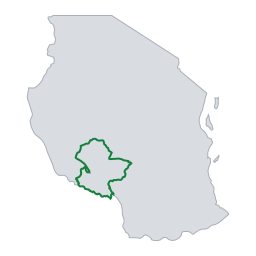 where Mbeya sits in United Republic of Tanzania
{"feature_id": "TZA-3335", "entity_name": "Mbeya", "entity_type": "Region", "adm_level": 1, "iso_a3": "TZA", "parent_name": "United Republic of Tanzania", "parent_adm1": "", "projection": "natural_earth1", "projection_center": [33.421, -8.292], "detail": "fine", "context": "in_parent", "style": "outline", "palette": "green", "viewbox_px": 256, "rotation_deg": 0, "n_neighbors": 0, "source": "natural_earth", "source_scale": "10m", "svg_char_len": 6328}
<svg xmlns="http://www.w3.org/2000/svg" viewBox="0 0 256 256"><path d="M92.5,192.1L89.5,190.3L86.9,189.2L84.7,188.0L83.7,186.8L81.6,186.4L79.9,186.2L78.2,185.1L74.8,184.7L74.4,183.9L74.4,182.3L73.8,181.9L72.6,181.5L71.2,181.5L70.4,181.7L70.0,181.6L68.9,180.6L67.8,179.4L67.4,177.5L65.9,176.2L64.1,175.3L59.1,175.4L58.4,175.1L57.2,174.1L55.8,172.5L54.7,170.6L53.7,168.1L52.7,164.7L47.0,151.2L46.4,148.6L45.3,145.8L43.5,142.3L41.5,139.7L38.9,137.4L35.9,135.0L34.3,133.4L31.3,127.1L30.6,124.1L30.1,121.0L30.3,119.8L32.2,115.8L32.4,114.7L32.2,113.1L31.2,110.0L30.0,106.1L27.6,99.1L27.3,97.3L27.3,96.0L28.7,88.9L28.7,87.9L34.4,88.0L38.6,84.9L42.2,80.3L42.9,78.3L44.4,75.3L45.8,73.8L46.4,72.8L47.2,69.8L49.1,67.8L51.0,66.3L50.6,65.2L50.8,64.8L51.9,64.0L53.8,63.2L54.2,61.7L54.2,59.9L53.9,58.9L53.9,57.8L53.6,57.1L52.4,57.0L50.4,56.1L48.8,55.7L47.7,55.2L47.3,54.8L47.2,53.8L48.1,51.0L47.2,49.9L49.2,45.4L49.5,44.9L50.2,44.8L51.4,44.3L52.4,44.1L53.3,44.3L53.9,44.1L54.5,43.6L55.0,42.0L55.4,39.5L55.2,37.4L54.3,35.8L54.1,33.3L54.5,30.0L54.2,27.3L53.3,25.1L52.4,23.8L50.9,23.2L48.7,19.8L48.0,18.2L48.1,17.2L48.9,16.8L50.3,16.9L51.7,16.5L52.9,15.6L54.1,15.4L54.8,15.5L111.7,15.5L178.2,58.4L178.5,58.9L179.0,62.6L178.9,63.9L177.8,66.0L177.5,67.1L177.5,67.9L177.8,68.2L178.6,68.3L179.4,68.8L179.7,69.2L180.2,70.8L180.9,71.6L206.2,92.7L206.7,93.0L206.4,94.8L204.9,99.1L204.9,100.8L204.3,102.9L203.8,104.3L202.3,110.4L201.1,112.6L199.4,117.9L199.1,122.0L200.0,124.8L200.4,127.4L202.3,130.0L203.8,131.0L204.9,132.2L206.8,134.9L207.8,137.6L211.2,138.9L212.5,142.0L212.0,144.1L210.4,145.8L209.0,148.7L207.8,152.4L207.7,158.0L208.5,157.2L210.3,158.6L210.5,162.7L208.7,167.6L208.1,169.9L208.0,171.8L209.3,177.7L211.3,180.6L211.1,181.5L210.6,182.3L214.0,187.6L213.7,192.1L215.0,195.7L215.5,198.8L216.4,201.1L216.5,202.7L215.5,204.6L218.0,205.0L219.4,206.5L220.1,207.9L221.9,207.8L222.9,208.8L224.3,209.6L227.4,212.0L228.2,213.2L228.7,214.3L220.1,221.8L217.0,223.7L214.8,224.6L212.4,225.1L210.2,226.3L208.0,228.2L205.3,229.1L202.0,229.1L198.5,230.4L193.0,234.3L189.9,232.1L187.4,231.4L184.5,231.5L182.7,231.8L182.1,232.2L181.6,233.5L181.1,235.7L179.2,237.8L175.9,239.8L172.8,240.5L170.0,240.0L168.2,239.2L167.2,238.0L165.7,237.5L163.8,237.6L162.0,238.4L160.2,240.0L157.4,240.6L153.6,240.4L151.5,239.7L151.2,238.4L149.6,236.9L146.5,235.1L144.2,235.1L142.8,236.8L141.4,237.8L140.2,238.2L139.1,238.3L137.6,237.8L133.3,237.7L129.3,237.7L128.9,235.3L128.1,233.9L127.3,233.0L126.0,232.8L125.6,232.1L125.1,230.6L124.4,229.3L123.5,228.2L123.0,227.3L122.8,226.4L122.9,225.4L123.8,222.9L124.1,221.2L124.0,219.5L123.5,217.7L122.5,215.6L122.7,215.0L122.3,213.5L122.3,212.5L122.5,211.3L122.3,209.6L121.5,206.1L121.5,205.2L120.6,203.5L117.9,199.4L117.8,198.9L113.6,194.8L111.9,193.9L111.3,194.7L111.1,195.4L111.3,196.7L111.2,197.4L111.0,197.7L110.0,197.6L109.4,197.5L107.8,196.4L106.6,196.1L103.5,196.3L102.4,196.5L101.6,196.3L99.9,194.4L98.0,194.0L96.3,193.9L93.5,191.8L92.5,192.1ZM211.6,124.1L213.0,128.6L212.8,129.5L211.9,130.0L211.3,130.0L210.7,129.3L210.3,127.8L209.6,128.1L208.3,126.3L207.1,126.3L205.9,124.1L206.4,122.2L206.1,119.0L207.5,117.4L208.3,114.6L209.1,116.5L209.3,119.5L210.5,122.9L211.6,124.1ZM218.4,97.5L218.5,98.6L218.2,99.6L218.3,102.7L218.2,104.8L217.1,107.8L216.3,108.8L215.5,108.5L214.9,108.0L214.4,107.2L215.4,101.9L214.9,97.9L216.9,98.3L218.4,97.5ZM215.4,162.0L214.4,162.3L214.0,162.0L213.4,161.2L214.5,160.4L215.5,159.0L217.9,156.8L219.0,155.1L218.8,156.8L217.5,160.4L216.3,160.7L215.4,162.0Z" fill="#d9dde1" stroke="#a8b0b8" stroke-width="1"/><path d="M113.4,194.2L112.9,193.8L112.3,193.6L112.0,193.9L111.7,194.1L111.3,194.6L111.0,195.1L111.4,196.0L111.3,196.4L111.2,197.0L111.2,197.4L111.1,197.7L111.0,197.9L110.7,198.1L110.4,198.6L110.2,198.4L110.0,198.0L109.6,197.6L109.1,197.2L108.6,197.0L108.2,196.7L107.7,196.2L107.2,195.8L106.6,196.0L106.2,196.3L105.7,196.4L105.2,196.3L104.7,196.1L104.1,196.0L103.6,196.2L103.2,196.5L102.6,196.6L101.9,196.6L101.5,196.5L101.3,196.2L101.0,195.8L100.7,195.1L100.4,194.7L99.4,193.9L99.0,193.7L98.9,193.8L98.6,194.0L98.4,194.0L98.2,194.0L97.9,193.9L97.6,193.9L97.5,194.0L97.2,194.2L97.1,194.3L97.0,194.2L96.5,194.0L96.0,193.9L95.8,193.8L94.7,192.8L93.8,191.7L93.5,191.5L93.1,191.6L92.8,191.8L92.5,192.1L92.2,191.9L90.9,191.3L90.0,190.7L89.9,190.6L89.6,190.7L89.4,190.5L89.3,190.1L89.2,190.0L89.0,189.7L88.8,189.5L87.5,189.4L85.9,189.0L85.2,188.9L84.7,188.3L84.4,187.3L84.2,187.1L83.5,186.5L82.8,186.3L80.4,186.4L80.0,186.3L79.7,186.2L79.3,185.9L78.7,185.1L78.5,184.9L78.3,183.6L78.5,183.4L78.8,183.3L78.6,182.5L77.9,181.7L77.4,181.4L77.1,181.0L77.5,180.4L76.8,179.6L76.0,179.0L76.4,178.1L78.6,177.2L79.7,176.4L81.0,174.5L81.1,172.1L80.8,171.0L80.9,169.8L81.5,168.8L82.7,168.8L84.9,167.0L85.4,167.3L85.5,167.7L85.4,168.3L85.7,168.8L85.7,169.5L85.8,170.1L87.3,172.3L88.0,172.3L88.7,172.2L89.4,172.4L89.3,171.0L85.1,164.6L84.2,163.6L80.9,161.0L76.0,158.1L75.7,157.3L76.2,155.5L76.9,153.8L77.5,152.7L79.4,151.9L80.1,150.4L80.8,148.1L80.8,145.9L84.9,144.3L85.8,143.7L87.1,143.7L88.3,143.5L88.8,143.1L90.0,140.9L90.2,140.4L90.6,140.2L91.4,140.3L92.0,139.8L92.5,139.3L93.0,139.1L94.6,138.7L96.1,139.2L97.3,140.2L98.8,140.6L102.7,140.3L103.3,140.8L103.7,141.5L103.9,142.6L104.1,143.8L104.5,144.6L105.3,144.9L105.9,145.6L106.3,146.6L106.6,147.0L107.0,147.5L108.0,147.8L108.2,148.3L108.3,148.9L108.6,149.8L108.7,150.6L109.0,150.8L109.3,150.9L110.1,151.5L110.9,152.0L111.4,152.3L111.7,152.7L111.4,153.3L111.1,153.8L110.6,155.2L110.2,156.0L109.7,156.7L109.3,157.5L109.2,158.4L109.4,159.0L110.1,159.1L118.5,158.6L119.5,158.7L122.2,159.4L122.8,159.9L123.6,160.2L128.5,161.1L128.7,161.8L128.6,162.3L129.1,162.4L130.0,162.3L130.8,162.7L131.3,163.3L130.8,163.9L130.0,164.6L129.1,165.0L128.6,165.6L128.0,167.4L127.5,168.3L126.8,168.8L126.1,169.1L125.4,169.8L124.9,170.8L124.5,171.6L124.8,172.5L125.2,173.1L125.5,173.8L125.3,175.2L124.8,176.6L124.4,176.9L123.8,176.8L123.1,177.1L122.6,177.6L122.1,178.7L121.5,179.5L120.6,179.9L119.7,179.9L118.0,179.6L116.1,180.1L115.1,180.1L114.0,180.0L113.1,180.4L112.9,181.1L112.4,181.2L111.1,180.7L110.1,180.9L109.4,181.7L108.3,183.7L108.4,184.7L109.0,185.5L109.5,186.3L109.8,187.3L109.4,187.5L109.3,188.0L109.9,188.1L110.1,188.4L110.1,189.1L110.5,189.7L111.5,191.6L112.1,192.5L112.4,192.7L112.8,192.7L113.5,193.6L113.4,194.2Z" fill="none" stroke="#15803d" stroke-width="2"/></svg>